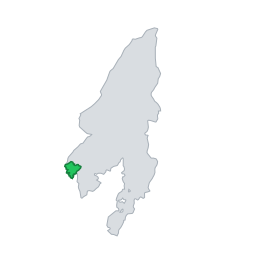 Kara-Buura, Talas, Kyrgyzstan shown in context, rotated 298°
{"feature_id": "92254566B426760339641", "entity_name": "Kara-Buura", "entity_type": "district", "adm_level": 2, "iso_a3": "KGZ", "parent_name": "Kyrgyzstan", "parent_adm1": "Talas", "projection": "equal_earth", "projection_center": [71.131, 42.476], "detail": "fine", "context": "in_parent", "style": "filled", "palette": "green", "viewbox_px": 256, "rotation_deg": 298, "n_neighbors": 0, "source": "geoboundaries", "source_scale": "gbopen_adm2", "svg_char_len": 5189}
<svg xmlns="http://www.w3.org/2000/svg" viewBox="0 0 256 256"><g transform="rotate(298 128 128)"><path d="M58.7,151.5L59.3,151.2L61.2,150.8L65.1,150.4L66.5,150.7L69.2,152.3L71.2,152.1L71.6,152.3L72.4,153.7L75.2,151.7L77.3,151.1L78.3,149.1L80.5,146.7L82.4,146.3L82.4,146.7L82.8,147.0L84.7,147.6L85.3,146.9L85.6,146.1L84.9,144.7L84.9,144.1L85.5,143.3L88.6,144.6L89.3,144.5L90.7,143.8L92.0,142.5L92.4,141.5L98.7,138.2L99.1,137.6L99.0,137.2L96.4,136.4L95.2,136.8L94.1,136.8L93.4,136.3L90.2,136.2L89.5,135.8L87.4,133.4L84.7,131.9L83.5,132.0L82.0,132.7L81.5,132.4L81.3,130.1L81.0,128.8L80.1,128.5L79.0,129.0L75.7,128.3L75.4,125.4L74.1,123.0L72.4,122.0L72.4,120.5L71.8,119.9L71.3,120.1L70.6,120.8L70.9,122.4L70.7,124.1L70.3,124.9L69.6,125.5L68.7,125.5L67.3,124.7L67.0,129.7L66.8,130.0L65.0,129.3L63.6,129.6L61.5,129.3L60.0,128.5L56.9,127.5L55.5,126.6L54.6,123.3L53.7,122.1L53.0,121.8L49.7,123.0L46.4,121.0L44.7,120.5L44.3,119.9L44.4,119.2L49.4,115.4L51.4,112.9L52.7,111.8L55.9,110.7L56.6,108.4L56.9,108.1L60.1,107.0L63.7,104.9L63.8,104.3L63.4,103.9L60.2,102.0L58.5,102.8L57.5,101.8L57.5,100.7L58.6,98.7L59.5,97.8L59.9,96.0L61.2,94.7L62.6,92.8L64.2,91.2L67.2,90.0L68.9,90.4L70.5,90.1L73.0,89.2L74.5,89.1L80.8,90.6L82.9,90.7L87.8,92.6L91.6,93.5L93.5,95.4L99.7,96.2L101.4,96.7L102.0,97.6L103.8,98.7L105.3,99.0L103.9,94.6L104.4,92.0L106.2,84.8L107.3,83.7L112.2,81.7L113.4,80.2L117.0,80.2L117.7,80.0L118.1,79.1L129.3,85.4L133.6,87.1L139.4,88.8L144.4,89.3L145.2,88.9L147.1,86.5L148.0,86.4L160.3,86.8L169.0,85.5L170.3,85.6L173.6,87.0L183.9,87.4L188.0,88.3L194.5,87.9L197.2,88.1L202.1,89.9L203.9,90.2L207.1,90.5L208.3,90.2L209.0,90.6L209.8,92.8L212.9,95.7L214.1,97.2L215.3,97.8L221.0,98.3L223.2,98.9L228.8,104.3L229.6,107.4L229.1,108.0L223.5,108.5L222.2,108.9L220.9,111.3L213.5,114.1L212.3,114.1L202.4,119.4L195.5,124.0L195.3,126.2L191.4,131.2L188.3,131.8L185.7,131.6L181.4,133.2L175.9,132.6L174.0,132.7L170.4,132.0L168.9,132.4L167.4,133.4L165.3,137.4L164.5,138.4L164.1,139.3L163.8,141.2L163.1,143.3L161.3,146.4L159.8,147.9L158.4,148.8L157.2,146.9L155.4,148.2L153.6,147.9L152.5,148.3L150.1,150.0L146.5,149.9L146.1,149.3L145.3,144.8L144.6,142.6L144.1,142.1L143.4,142.1L138.3,145.6L135.9,146.3L133.9,146.4L131.3,145.3L130.8,145.6L130.3,146.2L130.1,146.9L130.9,148.9L130.7,149.4L129.6,149.3L127.9,149.8L123.0,154.0L119.9,155.1L117.0,155.6L115.2,156.3L114.3,157.9L112.4,162.3L112.5,163.2L113.3,164.4L113.9,167.0L113.8,167.7L112.3,169.9L110.3,170.6L108.7,170.9L105.7,170.6L104.1,171.1L101.3,172.7L98.9,173.1L94.5,173.1L90.1,172.5L88.7,172.7L84.9,173.7L83.6,175.2L82.9,176.7L82.5,176.9L80.9,175.5L79.0,173.3L78.0,173.3L74.6,175.2L74.0,175.1L73.0,174.4L73.2,171.6L72.0,171.0L69.7,170.8L68.9,170.2L69.1,168.3L68.9,167.6L68.3,167.1L67.0,167.3L64.6,168.8L61.7,169.3L60.7,169.8L59.6,171.8L55.7,172.2L54.5,171.8L52.1,168.1L50.1,167.5L48.1,167.6L45.3,168.6L44.7,167.8L44.0,167.6L43.3,168.2L39.9,168.4L36.5,168.3L34.5,167.8L33.3,167.8L30.7,168.9L27.6,169.0L27.3,165.6L26.4,163.2L27.4,159.4L27.9,158.2L30.2,159.6L31.1,159.4L31.3,158.6L30.9,156.9L32.1,155.0L40.2,152.4L49.2,156.2L50.4,158.6L51.2,158.5L52.5,157.4L52.8,155.3L54.6,154.2L58.5,152.8L58.7,151.5ZM63.3,160.0L63.5,159.7L62.8,157.9L63.7,156.2L61.9,155.9L61.0,155.4L59.9,153.7L59.6,153.7L59.0,154.1L58.7,155.2L59.0,156.4L60.3,157.6L59.7,160.0L62.4,160.2L63.3,160.0ZM53.9,161.7L53.8,161.2L53.2,160.9L49.8,160.3L49.9,160.7L51.2,162.5L52.2,162.6L53.9,161.7ZM74.0,158.6L74.2,157.5L72.2,158.2L71.9,158.7L72.6,159.4L73.5,159.7L74.0,158.6Z" fill="#d9dde1" stroke="#a8b0b8" stroke-width="1"/><path d="M71.5,93.4L70.0,92.8L67.9,91.6L66.3,90.0L66.2,90.0L65.9,90.0L65.8,89.9L65.7,89.9L64.9,90.1L64.7,90.2L64.4,90.2L64.3,90.3L64.4,90.5L64.5,90.6L64.5,90.8L64.5,91.0L64.4,91.1L64.4,91.3L64.2,91.4L64.1,91.5L64.0,91.8L63.9,91.8L63.8,92.0L63.7,92.1L63.5,92.3L63.4,92.4L63.3,92.5L63.2,92.6L62.8,92.6L62.8,92.8L62.8,93.0L62.9,93.3L62.8,93.5L62.8,93.8L62.8,94.0L62.7,94.2L62.7,94.3L62.6,94.5L62.4,94.6L62.5,94.6L62.4,94.5L62.4,94.4L62.2,94.3L61.8,94.4L61.7,94.4L61.4,94.4L61.1,94.4L60.6,94.4L60.3,94.5L60.2,94.5L59.8,94.6L59.7,94.7L59.5,94.8L59.5,95.1L59.5,95.3L59.7,95.5L59.8,95.6L60.1,95.8L60.3,96.0L61.1,97.2L61.0,97.4L60.9,97.5L59.7,97.0L59.2,96.9L59.1,97.1L59.0,97.3L58.9,97.5L58.8,97.8L58.7,97.9L58.8,97.9L58.8,98.0L58.7,98.1L58.7,98.3L58.6,98.5L58.4,98.7L58.3,98.8L58.5,99.0L58.5,99.3L58.4,99.3L58.3,99.5L58.2,99.7L58.1,99.8L57.9,100.0L57.6,100.0L57.4,100.3L57.3,100.5L57.4,100.8L57.3,101.0L57.2,101.0L57.1,101.4L57.1,101.5L57.2,101.8L57.3,101.9L57.5,102.1L57.6,102.3L57.5,102.5L57.8,102.5L58.0,102.5L58.0,102.4L58.3,102.4L58.5,102.5L58.8,102.7L59.0,102.7L59.3,102.7L59.5,102.7L59.7,102.4L59.7,102.2L59.8,102.1L59.9,101.9L60.0,101.8L60.2,101.7L60.3,101.8L60.2,101.8L60.3,101.8L60.5,101.8L60.6,101.7L60.7,101.8L60.8,101.9L60.9,102.0L61.0,102.0L61.3,102.1L61.5,102.2L61.8,102.1L62.0,102.0L62.1,102.3L62.3,102.5L62.5,102.6L62.7,102.8L62.8,102.8L63.0,103.0L63.3,103.1L63.3,103.3L63.4,103.5L63.5,103.5L63.7,103.4L63.8,103.3L64.0,103.5L64.4,103.2L65.8,103.1L67.6,104.2L70.6,104.9L71.9,104.5L71.9,103.4L71.6,102.4L72.3,101.3L71.8,100.2L70.7,99.7L70.0,98.7L70.1,97.8L71.0,97.6L70.6,96.6L71.8,95.5L71.8,94.4L71.5,93.4Z" fill="#22c55e" stroke="#15803d" stroke-width="1.5"/></g></svg>